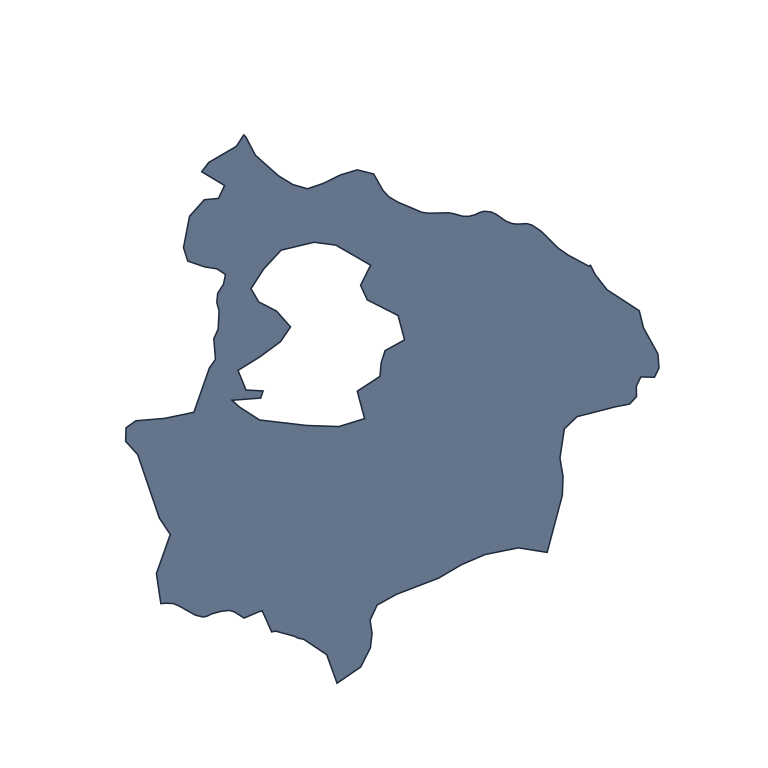 an SVG outline of Hajdú-Bihar, rotated 255°
{"feature_id": "HUN-3173", "entity_name": "Hajdú-Bihar", "entity_type": "County", "adm_level": 1, "iso_a3": "HUN", "parent_name": "Hungary", "parent_adm1": "", "projection": "equal_earth", "projection_center": [21.543, 47.451], "detail": "fine", "context": "isolated", "style": "filled", "palette": "slate", "viewbox_px": 768, "rotation_deg": 255, "n_neighbors": 0, "source": "natural_earth", "source_scale": "10m", "svg_char_len": 1912}
<svg xmlns="http://www.w3.org/2000/svg" viewBox="0 0 768 768"><g transform="rotate(255 384 384)"><path d="M660.9,313.0L658.5,314.5L638.2,319.0L612.5,335.9L600.2,347.6L592.4,360.6L593.5,377.2L597.2,395.7L597.8,413.6L589.5,428.4L571.0,433.2L563.5,437.2L556.0,444.6L540.0,465.1L537.4,471.4L532.7,490.6L530.5,495.4L525.7,503.4L524.0,509.3L523.9,515.5L524.9,520.4L525.0,525.3L522.5,531.9L519.0,536.2L509.8,543.9L505.9,549.1L504.0,553.9L502.0,563.4L499.2,568.1L490.8,575.4L470.2,587.4L460.9,595.2L444.7,612.4L445.3,614.1L445.1,614.2L435.0,616.3L417.2,623.9L388.8,649.5L371.1,649.2L342.1,656.4L328.3,653.8L320.5,647.0L324.3,633.9L316.4,627.1L306.5,624.7L301.1,616.1L302.1,600.8L302.5,562.1L294.0,546.6L266.9,534.8L248.2,533.0L230.4,527.5L179.1,498.0L191.0,471.2L193.1,437.3L189.4,412.0L182.4,386.7L177.6,341.5L172.2,320.1L159.4,309.4L146.0,307.9L132.7,302.6L116.7,288.3L107.1,261.2L137.4,258.6L158.2,240.3L160.8,235.1L163.4,232.3L173.4,215.3L173.6,211.3L196.3,207.7L196.4,204.4L194.1,188.3L202.8,180.3L205.3,176.1L206.6,167.7L206.5,157.9L205.5,152.8L205.8,148.8L209.5,142.0L223.1,128.1L226.5,123.5L228.8,116.2L229.6,111.6L259.8,115.1L294.0,138.6L312.6,132.3L379.6,127.8L395.5,119.6L408.5,123.5L412.7,134.8L407.6,163.1L405.9,193.0L444.7,219.5L451.5,227.6L471.8,231.3L479.9,238.0L497.3,243.6L506.1,243.6L514.6,246.8L522.0,254.8L530.8,259.2L538.5,252.4L543.4,241.3L553.4,226.3L567.6,225.6L596.4,239.6L608.5,258.2L606.1,272.1L617.0,281.4L636.2,262.8L643.4,272.1L651.8,302.9L660.7,312.8L660.9,313.0ZM408.6,265.4L402.3,261.3L407.6,233.0L399.2,238.4L381.4,254.6L364.1,298.2L354.6,329.3L355.6,356.3L384.0,356.3L392.4,382.0L405.5,386.9L416.0,393.7L421.3,415.3L446.5,415.3L469.6,389.6L485.4,386.9L502.2,401.8L530.6,373.4L539.0,353.1L539.9,319.3L526.3,297.7L510.5,280.2L495.8,284.2L482.2,299.1L463.3,308.5L451.7,295.0L442.2,270.7L434.9,246.5L413.9,249.2L408.6,265.4Z" fill="#64748b" stroke="#1e293b" stroke-width="1.5"/></g></svg>